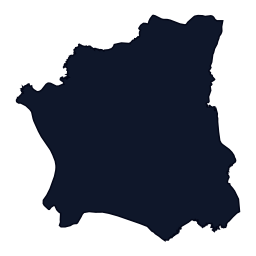 Xaythany, Vientiane [prefecture], Laos (Mercator projection)
{"feature_id": "54806243B16467343540184", "entity_name": "Xaythany", "entity_type": "district", "adm_level": 2, "iso_a3": "LAO", "parent_name": "Laos", "parent_adm1": "Vientiane [prefecture]", "projection": "mercator", "projection_center": [102.749, 18.15], "detail": "fine", "context": "isolated", "style": "filled", "palette": "ink", "viewbox_px": 256, "rotation_deg": 0, "n_neighbors": 0, "source": "geoboundaries", "source_scale": "gbopen_adm2", "svg_char_len": 5692}
<svg xmlns="http://www.w3.org/2000/svg" viewBox="0 0 256 256"><path d="M61.0,226.8L65.1,226.8L70.3,225.5L72.7,224.0L74.9,223.5L76.4,223.5L77.4,222.9L81.0,216.7L82.2,214.2L83.8,212.4L89.1,211.5L95.6,212.1L102.6,212.0L108.9,213.2L117.8,215.7L140.0,223.4L147.4,226.3L151.8,231.0L153.9,232.1L155.4,233.7L159.2,236.2L162.1,238.6L165.0,240.6L165.1,239.7L165.4,239.6L166.6,240.0L168.4,240.0L169.5,237.9L169.9,237.9L170.2,237.5L170.8,237.8L170.9,237.6L171.0,236.8L172.0,237.4L172.7,236.3L173.3,236.1L173.3,235.1L173.6,234.5L173.9,234.5L174.2,235.4L174.6,235.3L174.8,234.2L175.6,234.3L175.8,233.7L176.5,233.8L176.6,232.9L176.9,232.8L177.3,233.3L177.8,233.3L178.3,231.9L177.0,231.0L177.0,230.7L178.1,231.1L178.4,230.8L178.9,231.3L179.0,230.6L178.3,229.7L178.5,229.2L179.0,228.8L179.9,229.1L180.0,228.8L180.4,228.7L180.0,228.1L180.9,228.4L180.9,227.7L180.5,227.1L181.0,226.5L188.4,222.1L191.6,219.6L192.2,219.5L194.1,220.5L194.9,220.2L194.8,219.6L195.1,219.4L195.3,219.5L195.5,220.4L197.8,220.1L198.0,221.5L197.4,221.6L197.8,222.1L197.9,223.2L198.8,223.3L198.8,224.2L199.3,224.6L200.0,224.7L200.4,225.6L201.7,226.0L202.2,226.9L202.7,226.2L203.0,227.0L203.7,226.2L204.2,226.4L204.4,225.9L205.1,225.8L205.5,224.5L206.4,224.6L206.8,225.0L207.2,224.2L206.9,223.5L207.8,223.8L208.6,223.4L209.6,223.3L211.2,223.8L211.6,223.5L211.8,224.2L212.3,224.5L211.6,225.5L211.1,227.3L211.9,227.3L211.6,226.5L212.0,225.9L212.4,225.8L213.3,227.1L214.3,227.9L213.1,228.8L212.9,229.2L213.2,230.1L212.8,230.2L214.4,231.5L215.5,229.4L215.9,229.4L216.3,229.9L216.7,229.6L217.0,228.8L216.3,227.8L216.4,227.0L217.5,226.8L218.1,227.5L218.6,228.8L219.2,228.9L218.3,227.0L219.6,224.7L220.5,224.9L221.6,225.6L221.4,226.8L222.0,227.1L222.1,227.4L223.1,227.3L222.7,226.7L223.0,226.5L223.7,226.9L223.9,227.6L224.6,227.3L225.6,227.3L226.5,225.0L226.0,224.1L226.6,223.7L227.3,222.3L229.1,220.9L232.7,216.9L236.8,213.0L239.5,211.6L238.4,199.1L234.5,191.1L232.5,188.3L230.2,185.7L229.7,184.5L229.7,183.9L228.1,183.5L227.6,183.0L227.4,181.6L227.8,179.8L229.0,177.1L228.4,175.5L227.8,175.2L227.6,174.1L227.0,173.2L227.8,173.0L227.2,171.9L227.5,171.5L228.2,171.5L227.7,171.0L228.6,169.9L228.6,168.4L229.0,167.7L228.8,167.0L230.0,166.6L230.1,165.5L230.9,165.8L231.1,164.7L232.1,165.2L232.7,163.7L233.7,163.2L234.4,162.2L235.3,161.9L235.6,160.4L235.3,159.1L234.4,157.4L233.8,155.3L231.8,152.3L229.2,149.6L222.2,144.4L220.9,143.0L219.7,140.6L218.5,131.9L217.6,121.9L217.6,118.2L217.1,116.5L217.3,113.7L215.9,108.7L215.3,109.3L215.4,110.3L214.6,110.4L214.4,109.1L215.1,107.8L214.8,106.9L213.5,106.9L212.6,107.4L210.6,106.4L209.8,105.5L209.5,105.5L209.4,106.9L209.0,107.2L206.9,106.7L206.8,106.2L207.6,105.6L206.1,103.7L206.2,103.2L207.1,102.6L208.5,102.4L209.0,101.4L208.5,96.7L210.7,90.5L210.1,86.0L210.5,85.5L211.4,85.0L211.8,84.3L211.5,83.7L211.0,83.3L210.7,82.7L210.8,82.1L214.0,80.1L214.6,79.3L212.3,76.7L212.1,75.4L210.3,74.5L210.4,72.5L208.9,71.4L208.8,70.6L209.7,69.6L210.9,67.6L210.3,66.3L210.3,65.6L211.7,62.1L212.7,54.4L213.5,52.7L214.5,48.7L217.0,44.0L217.7,41.1L218.7,38.6L219.2,36.2L220.8,34.0L221.5,32.3L221.8,31.0L221.6,26.7L222.7,20.8L216.8,20.8L215.0,19.6L213.7,17.4L212.5,16.3L210.9,15.8L205.1,16.5L202.6,15.8L198.0,15.6L194.9,16.2L193.7,17.0L187.8,22.3L186.6,24.1L185.8,24.7L184.9,24.9L180.0,24.0L170.1,20.2L167.4,19.6L163.1,19.5L161.3,19.0L155.1,15.9L153.2,15.4L152.6,15.6L150.2,18.8L149.1,21.1L148.5,23.2L147.8,24.1L145.4,23.5L143.4,23.4L140.7,25.4L138.9,28.3L139.1,28.8L140.6,30.0L139.6,32.0L139.5,33.8L139.8,35.1L139.3,37.0L138.7,37.3L138.3,36.8L137.9,36.8L137.4,37.8L136.9,37.8L136.1,38.9L134.7,38.7L134.5,39.9L132.7,40.4L130.7,42.7L129.7,43.2L129.9,43.6L121.4,43.0L114.3,44.6L113.6,46.6L111.5,48.9L110.9,49.2L110.5,49.0L108.7,49.8L104.5,50.2L103.9,51.0L101.8,49.8L100.6,49.7L100.0,50.4L99.7,49.7L98.8,50.1L98.4,49.4L97.8,49.6L97.1,49.0L96.4,49.2L95.9,48.6L94.9,48.5L94.3,48.6L94.4,49.8L92.0,47.8L90.9,48.2L90.9,46.8L89.9,46.2L88.4,46.3L87.3,46.9L86.4,46.4L86.2,46.1L85.4,46.5L84.0,46.4L81.4,45.6L81.0,45.1L80.5,45.1L79.5,44.3L78.9,44.4L78.7,44.6L79.0,45.8L78.2,46.9L77.6,47.3L75.7,47.7L75.8,48.9L75.1,48.9L74.1,49.7L74.5,52.1L74.0,52.9L74.4,53.2L74.9,53.1L75.2,52.7L75.5,53.5L75.1,53.9L74.6,54.0L73.1,55.6L71.3,55.4L70.6,55.6L70.3,56.0L69.5,56.2L69.6,56.9L69.4,57.2L69.7,57.5L68.7,57.9L68.5,59.0L68.0,59.7L67.4,59.8L67.7,60.3L67.6,60.7L66.4,61.5L66.7,61.8L66.4,62.2L66.9,62.4L67.2,63.0L66.9,63.9L66.1,65.0L65.7,64.8L65.7,63.8L64.9,63.8L64.4,64.8L64.3,65.9L63.5,67.1L63.8,67.6L64.6,66.8L65.6,66.9L66.9,67.5L67.4,68.9L66.9,70.1L67.8,70.8L67.6,73.0L68.3,73.6L68.1,74.1L66.6,74.5L67.3,74.8L67.6,75.8L68.3,76.3L68.3,76.8L69.1,77.3L67.5,78.0L67.3,78.8L66.4,79.0L66.0,78.3L67.0,77.1L66.7,76.8L65.0,77.4L64.5,78.4L63.7,78.6L62.5,78.5L62.8,77.4L62.3,77.1L60.6,78.1L60.3,79.7L62.0,81.0L63.3,81.5L63.9,84.3L62.9,84.3L58.7,86.1L56.3,86.2L50.6,83.4L48.7,83.1L47.7,83.3L46.1,84.4L41.8,89.9L40.2,91.1L38.1,91.8L36.7,91.6L33.4,89.5L31.9,87.7L31.6,85.9L30.6,86.3L29.8,85.9L29.2,85.1L29.1,84.1L28.2,84.0L27.6,84.8L27.1,84.9L27.3,85.7L25.6,85.7L24.9,86.0L24.8,86.5L24.2,86.6L23.8,87.8L23.5,87.8L22.8,87.0L23.0,88.0L21.7,88.6L22.9,88.9L23.1,89.3L22.1,89.5L21.9,90.0L21.2,89.7L21.1,90.2L21.8,91.6L23.0,92.0L22.6,92.3L23.2,93.2L22.3,93.6L22.0,93.4L21.1,94.8L19.0,96.8L18.5,97.9L17.6,97.6L17.6,98.1L16.5,100.1L16.7,101.7L18.6,103.0L20.8,103.0L25.9,105.6L29.9,109.3L31.7,111.8L33.2,118.6L34.0,121.1L38.5,131.1L41.5,136.7L50.6,150.0L52.9,154.8L55.3,161.0L56.0,165.1L56.1,167.3L55.9,170.2L54.6,176.4L50.1,188.9L46.8,195.4L43.4,200.2L43.3,203.5L44.3,205.3L48.6,209.3L49.4,209.3L51.1,207.1L53.8,205.3L55.0,205.6L56.8,209.7L58.7,211.8L60.7,213.2L60.4,219.9L60.6,222.1L59.5,225.4L61.0,226.8Z" fill="#0f172a" stroke="#020617" stroke-width="1.5"/></svg>